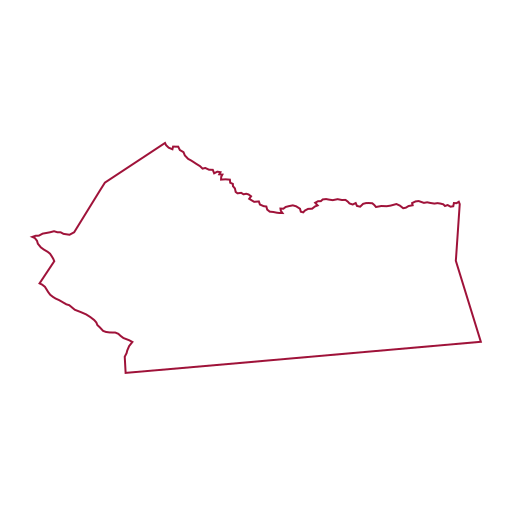 the district of Bertolínia, Piauí, Brazil, rotated 269°
{"feature_id": "56859067B83660365010269", "entity_name": "Bertolínia", "entity_type": "district", "adm_level": 2, "iso_a3": "BRA", "parent_name": "Brazil", "parent_adm1": "Piauí", "projection": "natural_earth1", "projection_center": [-43.815, -7.746], "detail": "fine", "context": "isolated", "style": "outline", "palette": "rose", "viewbox_px": 512, "rotation_deg": 269, "n_neighbors": 0, "source": "geoboundaries", "source_scale": "gbopen_adm2", "svg_char_len": 2250}
<svg xmlns="http://www.w3.org/2000/svg" viewBox="0 0 512 512"><g transform="rotate(269 256 256)"><path d="M332.0,106.2L325.0,101.6L282.9,74.6L280.5,69.9L281.5,63.9L283.1,61.1L283.2,57.9L284.3,54.5L283.3,50.4L282.7,46.9L282.1,43.1L280.1,39.2L280.1,36.1L279.0,32.7L277.8,35.2L275.0,37.3L272.1,38.1L268.4,41.0L266.2,43.9L263.8,47.8L261.9,50.1L259.4,51.7L256.8,53.2L254.3,54.2L232.4,39.1L231.1,41.7L228.9,44.4L223.4,47.7L220.8,49.6L218.7,52.2L217.0,54.8L215.3,58.4L211.0,65.5L210.1,68.4L205.4,73.9L203.0,79.8L200.6,85.1L197.9,89.2L194.7,93.2L192.3,95.2L189.7,96.2L187.5,98.5L183.8,101.8L182.7,104.6L182.1,108.4L181.9,114.0L180.6,117.0L178.5,119.2L176.3,122.0L174.0,127.7L172.2,130.9L168.2,127.6L163.7,125.6L161.1,124.9L157.6,123.0L141.4,123.6L150.1,249.0L151.2,264.4L166.3,479.3L247.8,455.7L250.8,456.0L304.3,460.6L306.7,459.7L305.3,457.4L305.5,454.8L302.3,454.1L301.9,451.4L303.6,448.5L302.7,445.8L304.4,444.2L305.2,441.3L305.7,438.4L305.3,435.3L306.0,431.2L306.7,428.1L306.2,424.8L308.1,419.6L307.8,416.5L306.2,413.0L304.0,413.5L303.3,409.4L301.7,406.7L301.2,404.0L303.9,400.7L305.5,397.3L304.0,391.3L303.5,387.5L303.8,382.2L302.9,376.8L304.9,375.2L306.7,373.2L307.0,369.6L307.0,367.0L306.3,364.0L303.5,361.0L304.3,357.8L307.2,356.6L305.8,353.6L306.9,350.4L308.7,348.8L310.5,346.5L310.5,342.8L311.4,338.6L310.5,333.7L311.1,330.0L311.7,327.1L311.4,323.7L309.7,321.8L309.7,319.0L308.2,316.1L305.5,318.5L304.5,315.8L302.3,312.9L302.2,308.9L300.6,305.7L298.8,304.0L299.5,301.6L302.5,300.8L305.0,297.0L306.0,293.7L305.3,289.8L304.5,286.5L302.8,284.2L303.0,281.3L300.8,281.6L298.5,283.2L298.6,280.1L298.9,277.7L299.7,274.1L300.1,270.5L302.2,268.0L305.3,267.2L305.7,264.5L307.4,260.8L310.5,259.8L310.2,255.1L311.5,253.0L313.3,250.2L315.8,252.1L317.7,249.6L318.4,247.3L317.9,244.6L319.4,242.3L319.0,238.6L320.4,236.8L323.9,236.1L326.2,234.2L328.5,234.1L329.7,231.5L332.8,231.2L333.2,226.8L333.0,222.4L335.8,222.6L338.0,223.8L338.3,220.7L340.4,221.9L341.0,218.8L339.4,215.6L342.9,214.3L343.1,210.5L344.9,206.8L344.3,204.1L346.8,201.6L349.3,197.7L351.3,194.8L352.8,192.5L354.3,189.8L357.8,186.6L361.1,185.3L363.3,181.7L366.7,180.1L366.8,175.0L364.2,174.3L365.8,170.6L368.4,168.0L370.6,167.0L332.0,106.2Z" fill="none" stroke="#9f1239" stroke-width="2"/></g></svg>